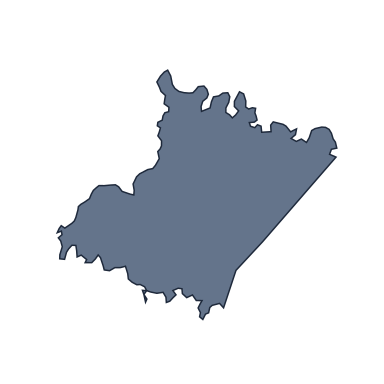 outline of Nova Fátima, Paraná, Brazil, rotated 311°
{"feature_id": "56859067B92466374194931", "entity_name": "Nova Fátima", "entity_type": "district", "adm_level": 2, "iso_a3": "BRA", "parent_name": "Brazil", "parent_adm1": "Paraná", "projection": "albers", "projection_center": [-50.54, -23.41], "detail": "fine", "context": "isolated", "style": "filled", "palette": "slate", "viewbox_px": 384, "rotation_deg": 311, "n_neighbors": 0, "source": "geoboundaries", "source_scale": "gbopen_adm2", "svg_char_len": 2558}
<svg xmlns="http://www.w3.org/2000/svg" viewBox="0 0 384 384"><g transform="rotate(311 192 192)"><path d="M312.8,277.8L310.7,271.1L315.7,269.2L320.1,272.5L323.7,267.5L324.7,263.6L327.8,258.7L329.2,254.4L328.4,250.4L326.1,247.3L320.6,243.3L316.9,242.0L309.8,244.9L304.5,245.9L303.7,239.8L298.6,237.5L297.4,231.6L303.1,232.5L308.2,229.5L305.0,228.1L302.1,227.0L303.4,219.7L302.8,216.3L298.2,207.3L294.1,207.5L289.4,212.1L282.8,205.4L287.0,200.9L285.7,197.3L281.8,197.2L280.0,193.0L282.0,189.7L285.6,193.2L289.0,193.9L291.4,190.5L293.0,187.5L296.9,185.1L295.2,182.3L291.8,180.3L291.4,176.7L296.0,172.9L299.9,166.6L298.8,162.1L294.0,163.2L288.3,164.5L284.3,167.9L283.8,174.0L278.7,174.4L274.4,173.8L274.9,169.7L274.2,165.4L277.7,162.4L283.8,160.9L288.7,158.0L290.4,153.9L286.9,150.4L282.1,149.2L277.9,145.8L272.8,147.5L267.3,150.5L259.1,146.3L262.4,142.8L267.5,140.6L272.7,141.5L276.5,140.2L279.2,135.9L279.8,131.5L275.6,127.6L271.6,127.8L267.5,127.6L264.8,125.0L261.7,120.8L259.3,116.1L258.9,111.2L260.3,106.6L265.6,99.8L268.0,93.7L264.4,92.4L258.8,92.2L252.0,93.3L249.6,98.9L247.6,102.6L247.4,108.7L244.0,110.7L240.3,113.1L240.8,119.0L237.3,121.7L234.0,119.5L230.4,120.2L226.7,122.4L222.2,120.5L219.2,122.4L219.7,126.1L215.7,128.0L212.0,129.4L210.7,135.4L206.8,138.7L203.5,139.7L200.1,139.6L195.7,145.4L188.2,146.9L183.9,147.0L179.9,143.9L171.5,140.6L167.1,140.2L159.4,142.3L155.3,147.3L151.6,150.0L149.8,146.7L146.6,138.9L147.8,133.2L147.2,129.5L143.8,126.0L139.2,121.6L135.8,117.6L132.5,117.0L128.5,116.5L124.4,117.4L119.7,119.0L113.7,117.5L109.8,116.2L106.5,115.8L103.6,117.7L96.5,121.1L92.9,122.2L89.7,121.9L85.8,120.9L81.3,119.7L80.8,115.4L77.3,115.7L72.9,117.0L76.8,119.1L74.5,121.9L69.7,121.2L68.9,125.1L65.6,130.0L58.0,133.4L54.8,136.0L57.6,140.0L64.2,136.8L68.2,136.2L73.0,136.3L75.5,139.4L72.0,143.5L67.6,147.9L71.7,149.8L71.9,156.8L68.6,157.7L72.9,162.7L78.0,163.0L82.9,162.5L82.4,166.0L78.0,173.4L75.6,176.9L78.5,181.4L84.3,183.4L87.9,187.5L92.3,190.5L88.2,197.1L84.6,201.0L84.6,206.0L85.8,211.2L88.2,213.6L89.4,218.4L87.8,222.5L89.4,226.4L92.5,231.9L97.3,236.0L95.5,241.4L91.8,245.1L95.0,246.9L99.6,247.0L103.9,247.4L105.1,242.2L110.3,244.7L112.4,247.9L109.0,251.4L108.8,257.3L114.6,259.9L112.9,266.4L116.6,270.8L112.6,271.6L108.5,272.7L106.5,277.5L102.8,279.6L102.9,283.8L108.7,282.3L111.7,283.8L116.5,281.2L119.7,281.6L126.0,285.9L125.3,291.8L161.7,276.6L200.8,277.9L283.7,277.8L312.8,277.8ZM87.8,222.5L85.3,219.1L83.1,222.9L87.8,222.5ZM83.1,222.9L78.4,229.2L81.6,228.2L83.1,222.9Z" fill="#64748b" stroke="#1e293b" stroke-width="1.5"/></g></svg>